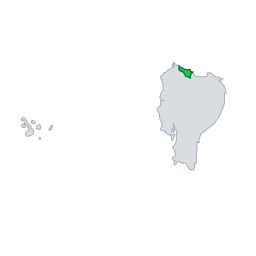 location of Carchi within Ecuador, rotated 348°
{"feature_id": "ECU-1409", "entity_name": "Carchi", "entity_type": "Province", "adm_level": 1, "iso_a3": "ECU", "parent_name": "Ecuador", "parent_adm1": "", "projection": "equal_earth", "projection_center": [-78.015, 0.766], "detail": "fine", "context": "in_parent", "style": "filled", "palette": "green", "viewbox_px": 256, "rotation_deg": 348, "n_neighbors": 0, "source": "natural_earth", "source_scale": "10m", "svg_char_len": 4685}
<svg xmlns="http://www.w3.org/2000/svg" viewBox="0 0 256 256"><g transform="rotate(348 128 128)"><path d="M231.1,99.8L230.4,100.4L228.7,100.6L227.3,100.1L226.8,100.1L226.7,100.7L228.5,102.2L229.3,104.9L230.6,106.6L231.3,107.4L231.4,108.0L231.1,109.1L231.1,110.0L231.5,114.2L231.2,114.4L230.3,114.4L229.5,113.7L227.5,124.0L220.9,134.2L213.5,141.5L204.9,145.7L198.6,148.7L197.6,149.8L194.5,154.9L194.4,155.4L194.8,156.3L194.8,156.9L194.3,157.2L194.0,157.3L193.8,157.0L193.6,156.4L193.2,155.7L192.7,155.6L192.4,156.3L191.8,159.1L191.8,160.4L191.5,161.0L191.5,162.2L190.9,163.3L190.4,165.1L189.9,165.7L189.2,168.6L188.2,171.5L188.2,172.5L188.5,173.2L188.6,173.7L188.2,175.5L185.9,177.2L185.4,178.1L185.1,179.0L185.3,179.9L185.2,180.5L184.5,180.8L183.8,182.4L183.2,182.8L181.9,182.2L180.8,182.2L180.0,181.7L178.5,179.0L177.9,177.3L177.7,175.1L176.2,173.7L174.2,174.0L173.6,173.5L172.1,172.6L170.8,171.5L169.8,171.0L169.1,171.2L167.9,173.0L166.8,173.8L166.3,173.8L165.6,173.3L165.4,172.6L167.1,169.5L165.9,169.4L165.4,168.8L165.4,168.0L165.2,167.1L165.4,166.1L166.1,165.6L167.1,166.0L167.8,166.0L168.2,165.1L169.1,164.4L169.3,163.9L168.8,162.3L168.7,161.5L168.9,161.0L168.8,159.4L168.5,158.8L168.5,157.8L168.2,157.3L168.1,156.2L167.5,155.6L169.6,154.5L170.3,153.6L171.2,152.8L172.0,151.6L172.6,150.5L173.8,145.2L175.0,141.8L174.8,140.2L173.8,138.0L173.6,134.8L173.7,133.9L173.6,133.1L172.9,134.5L173.1,139.2L172.5,141.3L171.7,141.8L171.2,141.4L171.5,138.0L170.9,138.6L170.0,141.0L168.4,142.7L168.4,143.3L168.0,144.0L166.8,143.3L165.9,142.6L162.9,138.7L161.0,137.9L159.8,136.5L159.6,136.0L159.4,135.2L160.6,134.4L161.9,133.3L162.0,130.9L161.9,129.0L161.0,125.7L161.5,121.5L161.2,119.8L160.2,116.3L160.9,114.5L163.7,113.3L164.6,112.4L165.2,109.6L165.8,107.9L167.0,108.6L168.0,108.5L166.7,107.9L165.7,105.4L165.5,104.2L167.5,100.8L168.6,99.9L169.9,98.1L171.0,95.3L171.2,91.0L170.8,87.9L170.5,84.6L171.1,83.8L172.8,83.3L174.1,82.3L174.8,81.3L176.4,81.5L178.3,79.9L181.3,79.2L185.5,77.5L186.4,75.9L186.0,73.2L187.5,74.9L188.2,76.2L190.4,77.6L192.9,80.2L194.5,81.5L196.3,82.7L199.0,83.9L200.6,83.7L201.2,85.7L201.8,86.2L203.4,86.9L203.5,87.2L204.1,90.7L204.4,91.3L205.7,91.8L207.3,92.1L208.0,91.9L209.4,92.9L211.6,93.8L212.4,93.9L212.7,93.7L212.8,93.3L213.5,93.4L214.4,93.9L215.8,94.0L216.7,93.5L216.8,91.5L217.1,91.1L218.1,90.3L218.6,90.5L221.2,92.1L221.7,92.6L222.4,93.8L223.6,95.4L224.9,96.5L226.9,96.9L228.8,98.6L231.1,99.8ZM29.3,97.5L30.1,98.6L30.5,101.8L33.1,105.1L33.4,106.9L33.1,107.8L33.3,108.1L34.5,109.4L35.3,110.8L33.9,114.0L31.1,115.3L28.1,115.3L27.5,114.9L26.6,113.7L26.5,112.6L27.0,111.6L28.5,110.0L30.9,108.6L31.2,107.5L30.3,106.4L29.6,104.3L28.1,102.9L27.3,98.4L26.8,98.1L25.8,98.8L25.3,98.2L25.2,97.9L26.3,96.9L26.5,96.2L28.2,95.8L28.9,96.4L29.3,97.5ZM41.1,111.1L40.5,111.1L38.5,109.5L38.7,107.9L39.4,106.8L42.0,106.2L43.0,107.2L42.9,109.2L42.1,110.6L41.4,110.8L41.1,111.1ZM169.9,148.5L169.7,149.2L168.5,149.1L168.1,148.9L168.4,145.8L168.8,144.8L169.7,143.8L170.6,143.3L171.6,143.4L172.7,144.3L171.4,145.9L170.4,146.4L169.9,148.5ZM27.4,105.8L26.1,106.1L25.0,105.5L24.6,104.6L24.5,103.3L24.6,102.8L26.9,102.3L27.7,103.5L27.7,105.1L27.4,105.8ZM52.7,113.5L51.2,114.2L50.4,113.5L50.3,113.1L51.1,112.0L51.9,111.5L52.6,110.3L54.0,109.5L54.4,109.7L54.6,110.0L54.7,110.4L54.3,111.3L53.5,112.0L52.7,113.5ZM38.1,103.7L37.5,104.2L35.2,103.6L34.4,102.6L35.0,101.2L35.5,100.7L36.9,101.2L38.4,102.7L38.1,103.7ZM40.0,120.8L39.5,120.8L38.8,120.1L39.4,118.7L40.3,119.4L40.6,119.9L40.0,120.8ZM185.3,76.7L184.6,76.8L184.3,76.0L185.2,75.0L185.5,74.9L185.3,76.7Z" fill="#d9dde1" stroke="#a8b0b8" stroke-width="1"/><path d="M190.8,77.8L192.1,79.7L192.4,80.0L192.6,80.2L193.4,80.5L193.6,80.6L195.3,82.3L195.8,82.7L196.7,82.7L197.6,83.1L197.8,83.1L198.0,83.3L198.0,83.5L198.0,83.8L198.2,84.0L198.5,84.1L199.0,84.2L200.2,83.6L200.6,83.6L200.9,84.0L201.0,85.3L201.3,85.8L202.1,86.6L202.6,86.8L202.9,86.7L202.9,86.8L202.4,87.3L202.2,87.4L202.0,87.2L201.9,87.2L201.6,87.2L201.3,87.1L201.2,87.1L200.9,87.2L200.9,87.4L200.9,87.5L201.0,87.6L201.2,87.8L201.2,88.0L200.6,88.7L200.5,88.9L199.6,90.4L199.5,90.6L199.5,90.8L199.4,91.1L199.5,91.2L199.5,91.5L199.4,91.7L199.2,92.1L198.8,91.9L198.6,91.5L198.5,91.4L197.9,90.9L197.4,90.4L196.8,90.0L196.4,89.9L196.1,89.8L195.9,89.7L195.7,89.6L195.2,89.4L195.0,89.1L194.9,88.8L194.9,88.5L195.0,88.0L194.9,87.9L194.7,86.9L194.2,86.0L193.8,85.3L193.5,84.8L193.2,84.3L192.6,83.8L192.4,83.6L192.1,83.4L191.6,83.4L191.4,83.3L191.2,83.1L191.0,82.9L190.7,82.6L190.5,82.4L190.4,82.4L190.2,82.2L190.1,81.9L190.1,81.6L190.1,80.6L190.2,80.3L190.5,79.6L190.6,79.3L190.6,78.7L190.5,78.4L190.5,78.2L190.8,77.8L190.8,77.8Z" fill="#22c55e" stroke="#15803d" stroke-width="1.5"/></g></svg>